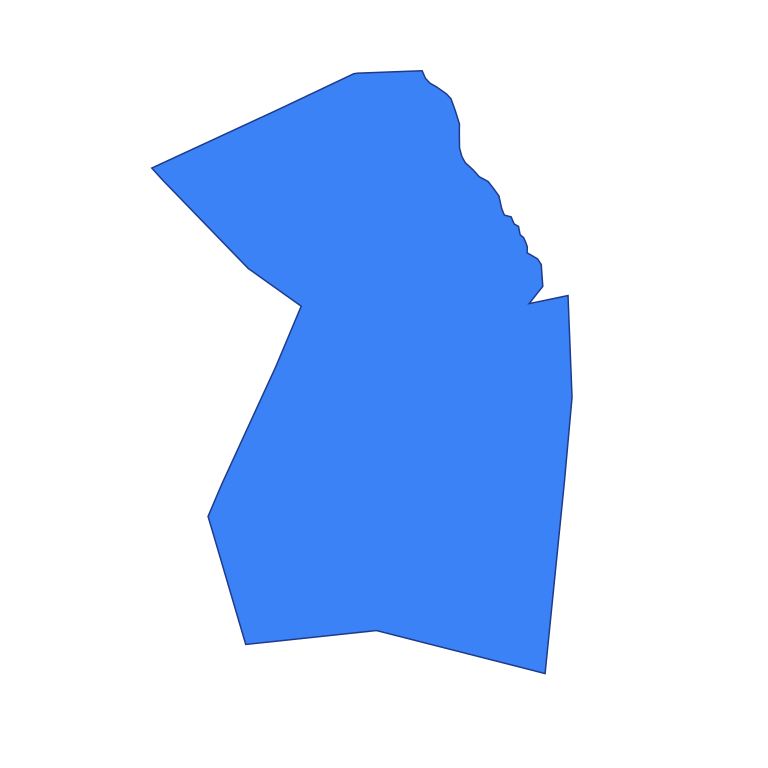 the district of Bayanxongor, Bayanhongor, Mongolia, rotated 351°
{"feature_id": "93677404B23536914155847", "entity_name": "Bayanxongor", "entity_type": "district", "adm_level": 2, "iso_a3": "MNG", "parent_name": "Mongolia", "parent_adm1": "Bayanhongor", "projection": "robinson", "projection_center": [100.717, 46.188], "detail": "fine", "context": "isolated", "style": "filled", "palette": "blue", "viewbox_px": 768, "rotation_deg": 351, "n_neighbors": 0, "source": "geoboundaries", "source_scale": "gbopen_adm2", "svg_char_len": 811}
<svg xmlns="http://www.w3.org/2000/svg" viewBox="0 0 768 768"><g transform="rotate(351 384 384)"><path d="M206.7,619.6L337.8,626.3L338.1,626.4L497.8,695.2L546.9,508.8L567.6,426.8L579.6,325.4L539.9,327.3L556.1,312.4L557.0,302.1L558.0,290.6L555.2,284.4L545.9,276.8L547.0,271.0L546.2,266.5L544.8,261.3L541.8,257.8L541.5,249.4L537.6,246.3L535.7,238.8L529.3,236.0L527.7,229.3L526.9,216.2L522.7,207.9L518.5,200.3L510.4,194.1L505.5,186.4L498.9,178.2L496.5,171.6L495.5,162.8L497.7,147.7L499.2,139.0L497.1,124.8L494.8,112.8L491.1,107.3L482.6,99.0L476.4,94.0L472.7,88.5L470.7,80.6L457.7,79.0L406.8,72.9L402.7,72.8L323.0,96.2L188.4,134.4L197.1,147.7L258.5,235.2L267.9,248.6L314.4,294.2L280.0,349.7L209.6,455.3L208.4,457.1L189.5,487.3L192.4,509.2L206.7,619.6Z" fill="#3b82f6" stroke="#1e3a8a" stroke-width="1.5"/></g></svg>